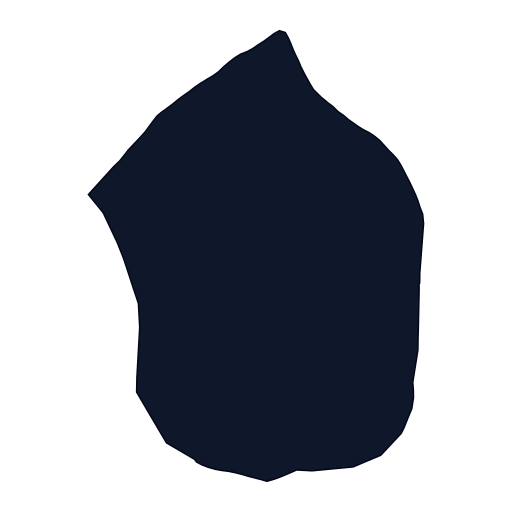 Bidbadah, Ma'rib, Yemen (orthographic projection)
{"feature_id": "15242507B34447312884568", "entity_name": "Bidbadah", "entity_type": "district", "adm_level": 2, "iso_a3": "YEM", "parent_name": "Yemen", "parent_adm1": "Ma'rib", "projection": "orthographic", "projection_center": [44.747, 15.403], "detail": "fine", "context": "isolated", "style": "filled", "palette": "ink", "viewbox_px": 512, "rotation_deg": 0, "n_neighbors": 0, "source": "geoboundaries", "source_scale": "gbopen_adm2", "svg_char_len": 1879}
<svg xmlns="http://www.w3.org/2000/svg" viewBox="0 0 512 512"><path d="M136.9,377.3L136.6,392.1L148.8,412.9L166.5,442.9L194.5,459.3L196.5,462.0L201.8,464.8L208.2,467.3L215.3,469.3L221.9,470.5L229.1,471.4L229.8,471.6L235.2,472.7L242.0,474.4L248.3,476.3L255.0,478.0L261.2,479.6L261.6,479.7L266.9,481.3L273.9,479.3L281.0,476.7L287.9,473.8L294.1,471.1L296.5,470.0L312.2,470.8L353.2,466.9L363.6,462.5L380.8,455.2L401.3,433.3L404.0,427.8L409.2,414.9L411.8,408.7L413.5,397.8L413.4,390.6L412.8,382.3L417.9,350.0L418.1,336.4L418.3,329.9L419.1,291.3L419.1,283.7L419.5,283.3L419.7,283.1L419.8,273.2L423.5,224.8L423.6,223.8L423.4,221.8L422.7,214.2L420.1,207.6L418.1,201.3L417.6,200.0L415.6,194.9L413.0,189.2L410.1,183.0L407.1,177.2L406.3,175.6L404.2,171.6L401.1,165.5L397.5,159.7L393.4,155.0L388.6,150.3L384.5,145.7L379.6,140.3L377.2,138.4L374.5,136.2L370.3,133.4L369.1,132.6L363.2,129.6L358.1,126.4L353.3,123.0L348.3,119.5L343.8,115.6L337.7,111.3L335.4,109.0L333.0,106.6L327.8,102.7L323.3,98.9L322.5,98.4L318.0,94.1L313.5,89.6L309.9,83.7L307.4,79.1L307.0,78.5L304.1,73.1L303.7,72.3L301.0,66.9L298.3,60.5L295.5,54.8L293.1,49.4L290.9,43.8L288.3,37.9L285.3,32.5L279.4,30.7L274.2,33.5L268.5,37.8L263.7,41.3L257.7,45.1L252.5,48.7L247.1,51.6L242.5,53.4L240.8,54.0L234.8,57.7L229.3,62.0L223.7,66.7L222.7,67.7L218.4,71.9L213.1,75.7L210.4,77.3L207.7,78.8L202.3,82.2L201.0,82.9L194.6,87.3L189.2,91.6L183.3,95.7L179.3,98.6L178.4,99.3L173.6,103.3L173.1,103.7L166.7,108.5L165.5,109.4L163.4,110.9L161.8,112.0L160.8,112.8L157.1,115.9L152.7,121.6L150.2,125.0L148.9,126.7L145.2,131.8L140.7,136.8L139.2,138.4L136.2,141.6L132.0,146.0L127.8,150.5L126.1,152.8L124.0,155.5L119.6,161.0L113.9,166.4L88.4,194.5L103.2,212.8L112.6,232.7L117.6,243.4L123.1,257.3L123.2,257.5L126.6,267.6L133.8,289.7L136.3,297.1L138.4,303.6L139.7,327.4L138.0,357.5L136.9,377.3Z" fill="#0f172a" stroke="#020617" stroke-width="1.5"/></svg>